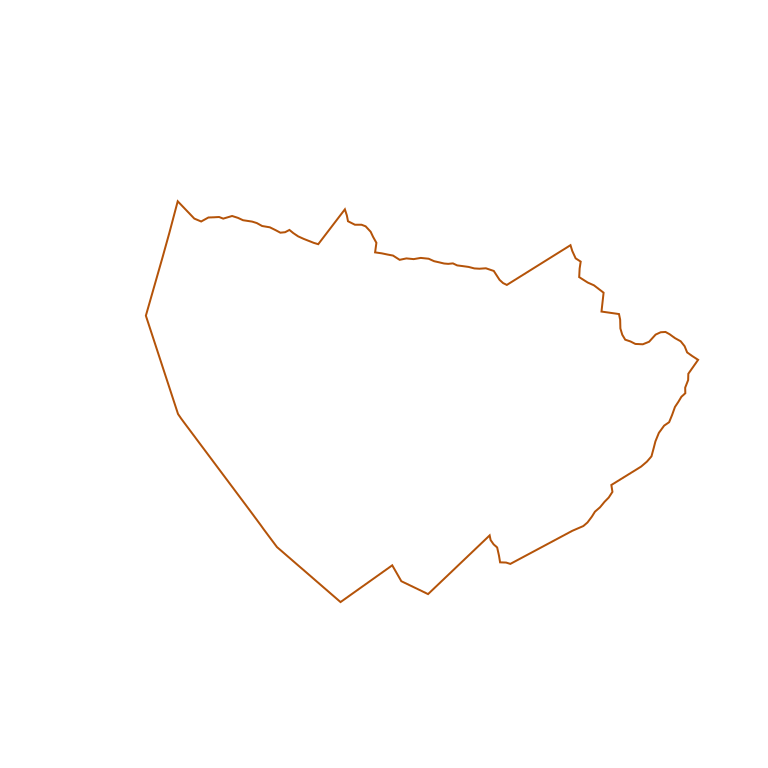 Taperoá, Paraíba, Brazil (Equal Earth projection), rotated 29°
{"feature_id": "56859067B95822508196580", "entity_name": "Taperoá", "entity_type": "district", "adm_level": 2, "iso_a3": "BRA", "parent_name": "Brazil", "parent_adm1": "Paraíba", "projection": "equal_earth", "projection_center": [-36.808, -7.22], "detail": "fine", "context": "isolated", "style": "outline", "palette": "amber", "viewbox_px": 768, "rotation_deg": 29, "n_neighbors": 0, "source": "geoboundaries", "source_scale": "gbopen_adm2", "svg_char_len": 1797}
<svg xmlns="http://www.w3.org/2000/svg" viewBox="0 0 768 768"><g transform="rotate(29 384 384)"><path d="M137.9,331.3L115.0,324.2L123.0,355.9L129.0,381.0L142.6,439.7L218.4,510.1L223.4,512.6L228.0,514.7L327.0,559.2L344.8,567.3L349.2,569.4L369.4,578.5L451.7,595.8L479.1,538.6L494.8,548.1L509.9,547.2L524.4,546.4L549.8,465.2L552.9,468.8L557.6,471.1L562.2,472.1L567.8,478.4L572.0,483.7L577.3,481.0L581.7,480.1L619.8,421.2L623.8,416.0L627.2,411.6L629.1,406.5L630.1,399.2L630.4,393.4L632.7,387.1L634.0,380.1L635.6,374.4L636.1,367.6L631.8,362.1L648.9,331.6L651.6,324.4L653.0,317.6L650.9,309.1L649.2,302.6L648.1,293.5L649.2,284.6L651.9,279.2L651.0,271.5L649.6,263.0L650.1,257.0L650.3,251.0L652.0,246.0L649.2,241.2L648.1,233.1L645.2,227.5L647.0,210.6L639.8,210.1L633.8,209.4L628.6,205.2L622.8,202.8L616.1,202.8L609.7,202.0L605.0,202.0L600.9,204.6L597.6,209.1L595.4,218.5L591.1,223.8L584.4,227.1L578.9,227.3L573.5,228.3L568.5,225.4L563.8,220.8L559.4,213.3L555.6,208.9L539.1,215.2L531.8,197.7L519.8,195.9L513.0,196.5L502.9,195.9L499.1,188.1L496.7,181.6L490.7,181.2L484.2,176.4L479.8,172.2L443.4,237.8L439.2,238.0L434.6,236.9L425.2,231.9L417.0,233.4L411.6,236.9L407.0,239.1L401.2,240.6L395.0,243.0L390.5,244.8L385.8,245.1L381.9,247.8L378.1,249.5L373.4,250.8L368.3,252.3L362.3,252.8L355.0,255.9L349.4,260.4L342.7,263.3L337.5,267.8L329.6,267.3L324.5,269.0L318.7,270.8L312.4,273.2L308.9,264.2L303.1,260.6L298.5,257.3L291.5,255.0L287.1,255.6L281.3,258.8L273.6,259.1L269.8,254.6L265.1,250.2L258.7,293.6L254.2,294.6L243.5,296.0L237.3,296.5L231.6,296.0L226.6,295.1L223.9,299.2L220.0,301.9L214.4,302.0L208.2,302.3L200.8,304.9L194.7,304.9L189.9,305.9L181.3,309.1L175.7,309.5L169.7,310.7L163.2,317.3L158.8,317.9L154.5,320.6L149.7,323.5L145.3,330.5L137.9,331.3Z" fill="none" stroke="#b45309" stroke-width="2"/></g></svg>